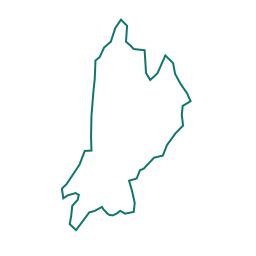 SVG path tracing the border of Burtnieku, rotated 276°
{"feature_id": "LVA-5784", "entity_name": "Burtnieku", "entity_type": "Municipality", "adm_level": 1, "iso_a3": "LVA", "parent_name": "Latvia", "parent_adm1": "", "projection": "equal_earth", "projection_center": [25.318, 57.691], "detail": "fine", "context": "isolated", "style": "outline", "palette": "teal", "viewbox_px": 256, "rotation_deg": 276, "n_neighbors": 0, "source": "natural_earth", "source_scale": "10m", "svg_char_len": 903}
<svg xmlns="http://www.w3.org/2000/svg" viewBox="0 0 256 256"><g transform="rotate(276 128 128)"><path d="M191.7,88.6L195.5,92.4L205.5,95.8L212.0,101.9L226.0,104.9L235.0,109.7L229.5,116.4L213.6,117.0L210.6,121.3L207.1,125.5L207.1,136.4L184.5,140.2L178.1,145.1L185.5,151.6L197.6,155.5L204.0,157.6L197.2,166.1L186.7,169.2L177.2,175.8L168.7,183.1L161.2,187.4L155.7,180.1L146.7,180.1L136.2,182.5L127.7,175.8L115.2,168.6L104.2,165.5L101.2,157.0L89.2,147.9L87.2,144.3L78.7,141.9L75.7,134.6L65.2,138.8L54.2,142.5L45.2,142.5L42.5,134.1L44.8,128.9L41.6,125.5L39.5,122.0L39.6,118.7L40.9,116.1L43.2,113.8L44.3,112.2L46.8,110.4L42.0,103.4L40.0,98.3L21.0,87.0L26.3,80.1L34.8,80.7L44.8,80.7L51.3,85.5L56.3,86.1L57.8,82.5L54.8,75.3L51.3,71.0L60.8,68.6L65.8,72.8L86.7,83.7L93.7,85.5L100.7,87.4L101.7,94.0L115.2,92.2L136.1,90.4L160.6,89.8L173.1,89.8L191.7,88.6Z" fill="none" stroke="#0f766e" stroke-width="2"/></g></svg>